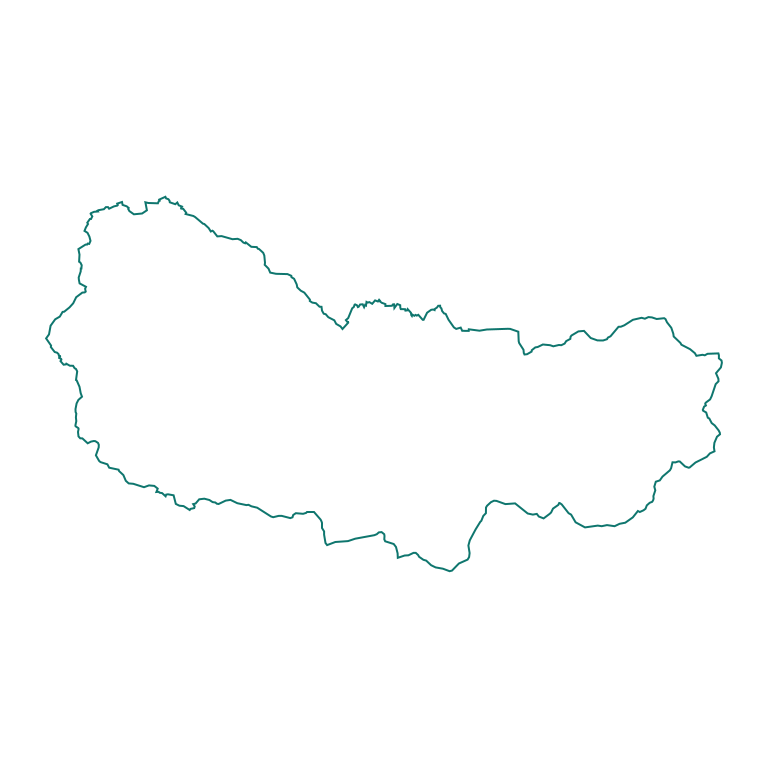 Bistrita Bargaului, Bistrita-Nasaud, Romania (Albers equal-area conic projection)
{"feature_id": "2599482B60435761683359", "entity_name": "Bistrita Bargaului", "entity_type": "district", "adm_level": 2, "iso_a3": "ROU", "parent_name": "Romania", "parent_adm1": "Bistrita-Nasaud", "projection": "albers", "projection_center": [24.898, 47.159], "detail": "fine", "context": "isolated", "style": "outline", "palette": "teal", "viewbox_px": 768, "rotation_deg": 0, "n_neighbors": 0, "source": "geoboundaries", "source_scale": "gbopen_adm2", "svg_char_len": 6031}
<svg xmlns="http://www.w3.org/2000/svg" viewBox="0 0 768 768"><path d="M469.6,553.1L468.4,545.5L469.8,540.3L475.6,529.4L480.3,521.8L481.3,520.9L483.3,515.9L485.9,513.2L486.0,507.5L487.1,505.7L490.9,502.2L494.0,500.7L496.5,500.9L505.4,504.1L515.1,503.4L527.7,513.5L532.9,514.6L536.8,513.9L538.8,516.5L543.6,518.4L549.6,513.9L551.1,512.5L553.0,508.6L558.3,504.9L559.2,503.0L559.8,503.1L561.7,504.4L568.6,513.2L571.1,514.6L575.6,522.3L585.0,527.4L597.8,525.6L601.7,526.2L607.0,525.1L614.6,526.2L619.6,523.8L625.3,522.7L632.8,517.4L637.9,511.0L639.8,512.0L643.5,510.3L645.5,508.8L646.8,505.4L649.7,502.8L652.2,501.8L653.1,500.3L653.6,498.7L653.4,496.1L655.3,490.3L654.3,486.7L655.8,481.7L659.8,480.4L662.5,476.6L669.9,470.3L671.1,468.2L672.5,462.3L675.5,462.4L678.3,461.4L679.8,461.5L685.0,466.4L688.6,467.7L689.6,467.5L695.5,462.5L706.8,456.8L709.9,453.4L714.5,451.3L713.9,447.4L714.4,442.8L717.0,436.7L720.0,434.3L719.8,432.7L718.7,430.5L714.7,425.4L711.7,423.1L709.3,418.5L707.8,417.7L706.2,412.5L703.1,410.7L702.8,409.9L704.1,406.6L705.9,405.5L705.2,403.8L705.7,402.7L710.1,399.4L711.6,396.3L715.7,384.1L718.5,381.3L718.4,378.8L716.0,373.2L720.9,367.4L721.9,362.8L721.5,360.5L718.9,358.4L718.9,355.2L718.4,353.4L707.5,353.8L704.8,355.3L702.5,354.8L696.4,355.8L694.9,353.2L690.1,349.2L681.4,344.7L680.4,342.9L673.7,336.5L673.3,333.7L671.3,327.8L667.0,322.3L665.5,319.1L664.2,318.2L656.7,319.0L651.9,317.4L648.4,317.1L644.9,318.7L641.6,317.8L632.9,319.8L624.3,325.3L620.9,326.7L618.5,326.8L610.5,336.3L607.9,337.6L607.0,339.2L603.0,340.5L597.4,340.4L590.7,338.0L584.0,330.9L578.4,331.4L571.5,335.5L570.6,336.7L570.3,338.9L566.2,341.1L564.6,343.6L561.3,345.2L558.9,345.0L553.3,346.3L550.1,345.2L542.9,344.5L537.7,347.0L535.3,347.4L531.8,350.2L531.6,351.6L527.1,354.2L524.5,354.5L523.8,353.0L523.5,349.8L519.2,343.1L518.7,341.3L518.3,331.7L510.2,328.9L507.8,328.8L486.8,329.5L479.5,330.7L468.8,329.3L468.7,330.9L462.2,330.8L460.7,327.6L456.2,328.9L453.9,327.4L448.5,319.7L445.7,313.9L444.0,313.4L442.1,311.0L441.4,308.4L440.3,307.3L440.1,305.7L438.2,305.8L437.0,307.5L434.8,309.0L434.6,310.1L433.2,309.5L431.2,309.8L427.1,312.7L423.6,319.8L422.7,319.8L418.3,314.8L416.8,315.6L415.6,314.9L414.3,315.8L412.4,314.6L411.9,316.0L411.3,315.2L410.9,312.7L407.6,309.1L407.1,310.4L405.4,310.6L405.0,309.2L400.8,309.1L400.3,307.6L400.2,305.2L397.3,304.0L394.4,308.0L394.1,304.3L393.1,304.3L391.9,305.8L385.4,306.0L385.4,304.1L381.8,302.8L379.5,301.1L379.9,300.7L379.1,299.8L377.9,301.5L375.1,300.4L372.2,303.8L369.3,302.1L367.8,302.6L366.5,301.9L366.0,305.5L365.1,304.9L364.1,307.2L362.7,304.3L360.1,304.5L358.6,306.8L357.9,307.1L357.0,305.3L355.1,304.4L354.6,304.7L353.8,307.0L352.2,308.3L348.2,318.1L345.9,320.1L347.4,322.0L348.1,322.0L348.2,322.7L342.5,329.0L340.5,326.4L336.2,323.9L334.3,320.3L328.3,317.2L325.7,314.2L323.7,313.7L322.0,310.6L321.5,306.8L319.5,306.7L315.9,303.2L312.3,302.6L309.8,301.0L309.9,299.6L304.3,292.6L300.8,290.7L297.3,287.4L296.7,284.4L294.1,278.8L291.5,277.2L291.3,275.8L287.5,274.1L276.0,273.8L270.2,272.6L268.5,268.6L264.7,264.8L265.0,262.8L264.3,255.5L263.2,252.8L259.0,249.0L257.8,248.7L256.8,247.1L251.3,246.8L245.8,242.4L245.2,243.3L243.4,242.6L240.8,240.1L237.6,238.8L232.5,239.2L221.6,236.1L217.3,236.4L213.3,231.3L212.4,230.7L210.8,231.5L208.7,228.1L204.3,224.0L203.0,223.7L195.2,217.1L193.4,216.0L185.6,214.0L186.2,212.7L183.2,208.8L181.2,208.6L181.0,208.1L182.0,206.6L178.7,205.3L177.3,202.5L175.3,204.2L169.8,202.3L169.5,200.7L168.4,199.2L166.1,198.4L165.4,196.8L159.2,199.6L159.7,200.7L158.8,201.1L157.9,203.3L148.3,203.0L145.4,202.3L146.9,210.3L142.1,213.5L133.9,214.3L129.4,211.1L128.2,208.9L128.7,208.0L126.7,206.3L122.6,204.9L122.0,202.0L117.2,203.6L117.8,205.0L117.3,205.6L113.9,206.4L109.1,208.7L108.0,207.1L105.9,207.1L103.9,209.2L98.4,210.2L97.3,210.8L97.8,211.5L94.1,211.8L90.9,213.2L90.6,213.7L92.3,216.4L91.0,219.0L89.9,219.0L87.3,222.7L88.0,224.0L85.9,227.4L84.5,230.9L87.5,232.8L89.4,236.6L90.5,240.9L89.2,243.9L87.7,243.6L87.2,244.5L85.5,244.6L78.4,249.1L79.5,254.6L79.1,261.7L80.4,262.6L81.7,265.2L81.4,268.5L80.8,268.5L80.7,271.4L78.7,277.5L78.9,279.8L79.6,283.4L86.0,286.8L85.1,288.8L85.7,291.6L84.7,292.4L82.3,292.6L76.2,297.2L73.2,303.3L69.5,307.4L64.2,311.7L62.6,311.9L59.8,316.6L55.2,319.3L50.6,325.7L49.0,334.4L46.1,338.4L51.1,345.6L50.8,347.0L54.7,352.0L57.1,352.7L58.6,354.2L58.9,355.7L60.0,356.0L60.1,356.6L59.4,356.9L59.1,357.9L61.2,359.0L61.4,359.7L60.5,361.1L63.6,364.7L65.9,364.4L66.3,363.7L69.8,365.7L73.1,365.8L74.6,368.2L76.0,369.0L77.2,371.4L76.0,380.0L76.7,380.4L79.5,386.8L80.7,393.2L82.0,396.7L78.4,399.9L76.6,403.4L75.5,409.1L75.6,412.0L76.3,413.6L75.9,417.4L76.3,421.1L75.4,425.4L75.6,426.3L78.3,428.1L78.6,428.9L78.0,432.0L78.5,436.4L80.2,438.3L82.4,438.4L87.7,443.3L91.0,441.6L93.9,441.0L95.4,441.2L98.0,442.9L98.8,444.8L98.7,447.4L95.9,455.3L99.1,460.9L100.5,462.1L107.4,464.3L109.2,467.7L118.6,469.7L119.1,471.1L123.4,475.1L125.8,480.8L128.7,483.4L133.3,483.8L144.0,487.2L149.0,485.4L154.3,485.9L157.7,488.6L156.4,492.0L158.6,491.8L159.6,492.7L162.1,493.1L165.6,496.3L166.2,494.6L168.0,494.3L173.6,495.3L175.8,503.9L179.4,505.7L183.6,506.1L189.7,510.0L190.5,508.9L194.2,508.1L194.7,506.4L193.2,504.1L195.6,503.5L199.2,499.3L204.3,498.7L209.4,500.0L212.6,502.1L215.4,502.5L216.8,503.7L218.6,504.0L225.7,500.6L230.5,499.9L237.3,503.2L246.4,505.1L248.5,504.8L251.4,506.3L257.2,507.7L271.0,516.5L273.2,517.2L278.6,515.9L281.8,515.9L290.3,518.1L292.5,517.3L293.2,515.0L295.8,513.2L303.1,513.8L306.1,512.9L307.0,512.0L314.0,512.0L320.6,519.6L321.5,521.4L322.0,522.9L322.0,528.0L324.1,531.4L324.1,534.7L325.5,543.0L327.1,545.1L335.3,542.0L348.0,541.1L355.2,538.7L374.3,535.2L376.8,534.2L378.8,532.4L381.6,532.1L384.2,534.2L384.5,535.9L384.3,539.3L385.2,541.3L393.7,544.0L396.0,547.0L397.6,553.3L397.8,557.8L404.7,555.5L408.4,555.3L413.4,552.9L415.8,552.9L418.1,555.0L419.1,556.8L423.4,559.8L426.2,560.6L431.1,565.2L435.6,567.4L442.9,568.7L449.6,571.2L452.0,570.6L458.9,563.5L467.6,559.6L469.1,557.1L469.6,553.1Z" fill="none" stroke="#0f766e" stroke-width="2"/></svg>